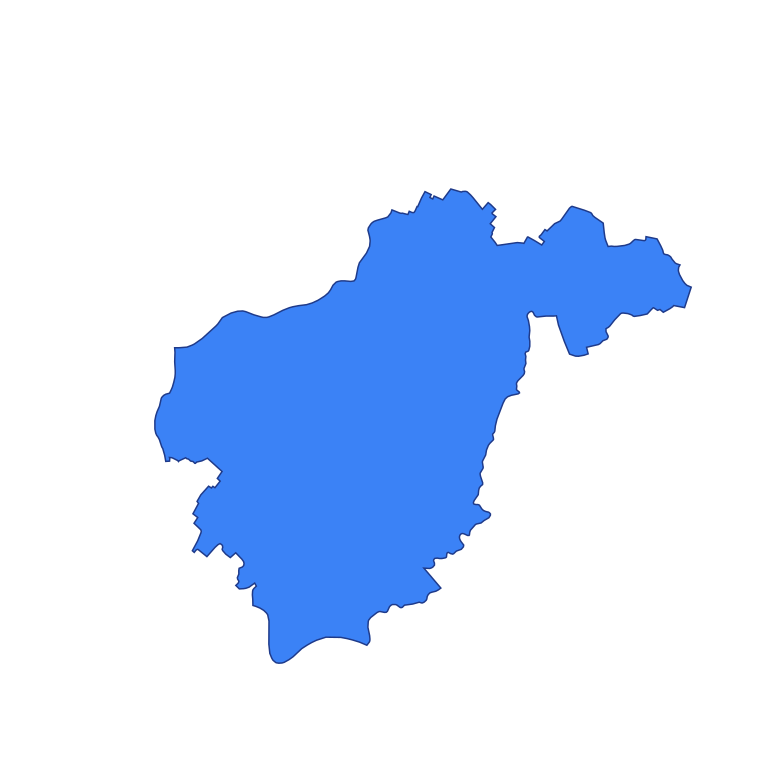 outline of Cam Giang, Hải Dương, Vietnam, rotated 129°
{"feature_id": "81297802B85581314164043", "entity_name": "Cam Giang", "entity_type": "district", "adm_level": 2, "iso_a3": "VNM", "parent_name": "Vietnam", "parent_adm1": "Hải Dương", "projection": "orthographic", "projection_center": [106.206, 20.951], "detail": "fine", "context": "isolated", "style": "filled", "palette": "blue", "viewbox_px": 768, "rotation_deg": 129, "n_neighbors": 0, "source": "geoboundaries", "source_scale": "gbopen_adm2", "svg_char_len": 6170}
<svg xmlns="http://www.w3.org/2000/svg" viewBox="0 0 768 768"><g transform="rotate(129 384 384)"><path d="M487.6,569.5L491.0,566.3L498.4,560.7L504.8,554.8L507.4,552.7L510.4,550.7L514.9,548.5L519.6,546.5L522.8,545.6L526.1,544.9L529.3,547.2L531.6,548.1L534.4,548.3L535.5,548.0L542.6,544.5L548.4,542.9L552.2,541.4L556.7,539.0L563.3,533.6L565.8,530.5L566.9,528.4L567.5,526.1L568.6,523.5L572.7,517.2L573.4,515.3L577.5,509.5L581.5,504.9L578.9,502.1L576.6,503.7L576.1,504.5L574.8,502.5L574.4,501.1L573.3,496.1L573.6,494.9L572.6,494.9L566.1,491.7L566.2,490.4L565.4,488.6L565.6,485.8L564.4,483.6L564.7,481.1L564.4,480.7L562.5,480.4L558.4,477.2L552.8,474.5L553.9,454.8L562.3,454.1L562.6,450.2L571.0,450.1L571.2,452.6L573.4,452.7L573.8,456.0L585.4,456.6L592.9,455.4L593.5,453.0L605.1,450.8L605.0,444.7L611.8,444.0L612.6,434.6L613.5,433.3L614.9,432.6L623.2,430.1L634.2,428.0L634.3,425.5L631.2,425.5L630.0,425.0L629.6,424.3L629.6,413.0L617.3,412.5L613.3,411.9L611.2,411.0L611.0,409.2L611.2,407.9L612.5,406.5L614.3,405.8L615.0,404.5L615.8,399.9L615.6,394.2L608.5,393.0L609.6,384.1L610.4,381.3L611.7,379.7L613.4,378.8L615.3,378.9L618.4,380.6L620.3,379.5L623.1,377.2L626.8,376.1L627.8,374.9L628.4,373.1L629.0,372.4L630.7,372.0L633.8,372.4L634.3,367.5L631.4,364.3L629.7,362.8L626.8,361.0L620.1,359.2L621.4,356.0L624.7,356.4L626.5,356.3L627.6,355.8L630.7,353.6L633.9,350.5L638.6,346.5L637.4,343.5L636.2,339.4L635.6,335.0L635.9,331.4L636.5,329.2L640.6,324.2L658.7,309.7L665.2,303.2L667.6,298.9L668.5,296.6L668.6,294.3L668.5,292.4L667.2,290.1L665.0,287.7L663.1,286.4L657.9,284.3L653.1,283.0L641.4,281.4L635.0,279.3L630.4,277.5L625.6,275.2L617.3,269.8L608.1,258.1L605.1,252.5L602.9,247.8L600.0,240.6L597.8,232.9L593.7,233.0L592.5,233.4L591.1,234.4L588.6,236.8L583.2,243.4L578.6,246.7L577.3,247.3L573.9,247.4L566.0,245.6L564.1,244.7L563.3,243.9L561.2,239.9L560.0,238.6L558.5,238.3L553.5,239.6L551.4,239.3L550.1,238.7L548.1,236.2L547.7,235.0L547.5,230.9L547.1,230.0L546.0,229.2L543.0,228.9L536.9,223.2L531.4,219.3L530.6,217.2L529.9,216.3L528.2,215.5L525.5,215.1L524.2,215.4L521.9,216.7L519.8,217.1L517.5,216.9L515.7,215.8L512.4,213.3L509.6,212.1L506.8,211.4L502.0,237.1L498.6,232.4L496.9,231.3L495.3,230.8L493.0,230.8L491.4,232.1L490.2,234.2L489.2,234.8L487.6,234.8L485.8,233.1L484.6,230.9L483.1,229.1L480.6,227.0L479.7,226.6L479.1,226.6L476.5,228.3L475.5,228.6L474.8,228.4L474.3,227.9L473.9,225.5L473.0,223.6L472.1,223.1L468.3,222.6L463.8,219.9L460.6,219.8L459.0,220.7L457.9,225.3L456.9,227.5L455.9,228.7L454.9,229.4L453.9,229.8L452.6,229.9L451.3,229.4L450.7,228.8L450.0,227.3L449.1,223.7L448.2,222.6L447.6,222.6L445.0,224.2L443.1,224.8L435.8,224.5L434.7,224.1L430.9,221.1L427.1,220.3L421.9,218.3L419.1,218.7L418.0,219.5L417.7,221.0L417.8,222.1L419.1,224.8L419.7,227.1L419.5,229.5L418.1,233.6L418.6,235.2L419.8,236.7L420.7,238.4L420.4,239.4L419.7,240.0L417.7,240.6L410.7,241.1L407.1,243.5L404.9,244.5L402.6,244.6L400.1,244.1L398.7,245.1L395.0,250.9L393.4,252.8L392.6,253.2L387.2,254.0L386.2,254.6L382.8,258.4L381.9,258.9L375.2,260.3L370.8,262.8L365.9,264.3L363.5,264.4L358.7,263.9L358.0,264.1L356.7,265.5L355.4,267.3L354.6,268.0L352.1,267.9L350.8,268.3L346.3,271.2L340.2,274.1L324.0,279.4L319.4,280.4L316.1,279.9L312.6,277.9L307.2,273.5L305.6,273.1L305.1,273.9L305.1,276.9L304.8,277.7L302.0,279.5L300.6,281.1L299.6,281.7L297.1,282.0L289.8,281.3L287.7,281.5L285.9,282.5L284.7,284.2L283.8,285.0L278.8,286.6L276.3,289.1L273.3,291.1L271.5,293.5L269.9,293.9L267.9,292.7L267.2,292.6L266.4,292.8L263.0,294.4L259.0,297.6L256.3,300.7L250.8,304.3L247.9,307.0L243.9,311.6L241.7,315.1L240.3,316.1L238.7,316.4L237.1,316.3L235.8,315.9L234.7,315.1L234.4,314.3L234.5,313.1L235.8,310.4L235.9,309.6L235.9,307.9L235.4,307.0L229.2,300.8L224.4,294.9L222.5,292.9L228.4,285.5L237.4,270.7L244.0,258.6L241.8,252.7L240.0,250.3L235.7,246.6L232.1,244.3L228.0,249.7L218.4,242.2L216.6,241.5L212.6,241.1L208.9,239.0L206.9,239.2L205.7,239.9L203.6,244.4L201.3,246.3L198.7,245.3L196.9,245.0L188.8,245.1L180.5,244.4L179.4,243.9L178.4,242.9L175.8,238.8L174.9,236.4L174.4,234.7L174.4,233.1L174.0,232.1L169.7,228.1L163.9,223.5L157.9,223.1L155.5,222.8L155.1,222.5L154.6,217.8L152.4,216.4L152.5,212.1L145.7,209.3L142.3,208.3L140.7,208.2L135.5,198.5L115.4,206.2L116.7,210.7L116.5,213.4L115.6,217.0L113.0,223.2L111.3,225.8L110.3,226.9L107.7,228.5L105.2,228.9L106.5,232.5L106.7,234.0L105.7,238.7L104.8,241.2L104.8,242.9L105.1,244.7L106.5,247.3L106.7,248.5L106.5,249.1L104.6,251.6L102.5,255.8L99.4,263.1L104.6,273.1L106.9,271.5L107.9,271.4L108.8,271.9L113.3,279.4L114.0,280.0L115.5,280.4L119.7,281.0L121.1,281.6L124.8,284.1L130.3,289.4L132.2,291.6L133.7,294.0L136.1,296.4L132.8,302.2L131.3,304.3L127.5,308.4L121.0,314.9L121.8,325.1L121.7,327.8L121.0,329.4L120.7,331.1L122.8,337.5L127.6,349.7L128.8,350.2L130.7,350.5L144.5,349.6L146.6,349.7L152.0,352.3L162.4,353.6L162.7,356.1L169.0,355.8L171.4,356.2L172.2,355.8L172.4,354.8L172.3,349.1L176.7,348.9L177.8,357.1L179.1,364.6L179.5,365.0L186.7,363.8L187.2,364.9L190.2,369.4L205.1,383.2L204.0,386.7L202.5,393.5L199.1,394.3L198.3,395.4L192.9,396.6L192.6,402.3L183.5,402.3L183.6,406.9L183.1,407.7L178.1,407.2L177.4,414.1L177.5,417.2L186.3,417.5L183.2,431.9L182.6,435.5L182.3,440.2L182.8,441.7L184.7,443.9L186.2,444.8L190.4,454.8L203.9,454.2L206.4,463.4L209.5,462.6L210.2,465.7L207.1,466.5L208.7,473.2L215.8,471.9L225.0,469.4L225.3,470.0L229.7,468.8L231.7,468.6L232.4,469.1L233.1,470.2L233.9,473.1L237.2,472.1L237.5,472.6L239.7,477.3L240.6,478.1L241.3,479.6L243.7,487.4L246.6,486.3L251.8,486.2L253.9,487.3L260.8,492.2L263.7,494.0L265.9,494.7L268.0,494.9L272.5,494.4L274.6,493.3L278.2,488.4L280.1,486.2L281.5,484.8L286.1,481.8L293.3,480.0L305.3,479.4L309.6,477.7L319.0,472.7L320.6,472.1L322.8,472.2L325.2,474.4L328.7,479.6L330.8,482.2L333.4,484.4L334.9,485.3L339.3,485.8L344.5,484.8L348.2,484.6L353.1,485.5L360.5,488.0L366.2,490.8L371.1,494.1L376.8,499.6L381.4,503.5L384.2,505.5L390.4,509.0L399.6,513.1L404.3,515.7L405.9,516.9L406.9,518.1L408.2,519.7L409.1,521.5L412.1,528.6L414.8,537.0L416.1,539.7L419.6,543.6L425.1,547.5L434.1,551.4L442.0,550.9L444.7,551.1L463.0,553.9L472.1,556.5L474.4,557.5L479.3,560.3L485.1,566.4L487.6,569.5Z" fill="#3b82f6" stroke="#1e3a8a" stroke-width="1.5"/></g></svg>